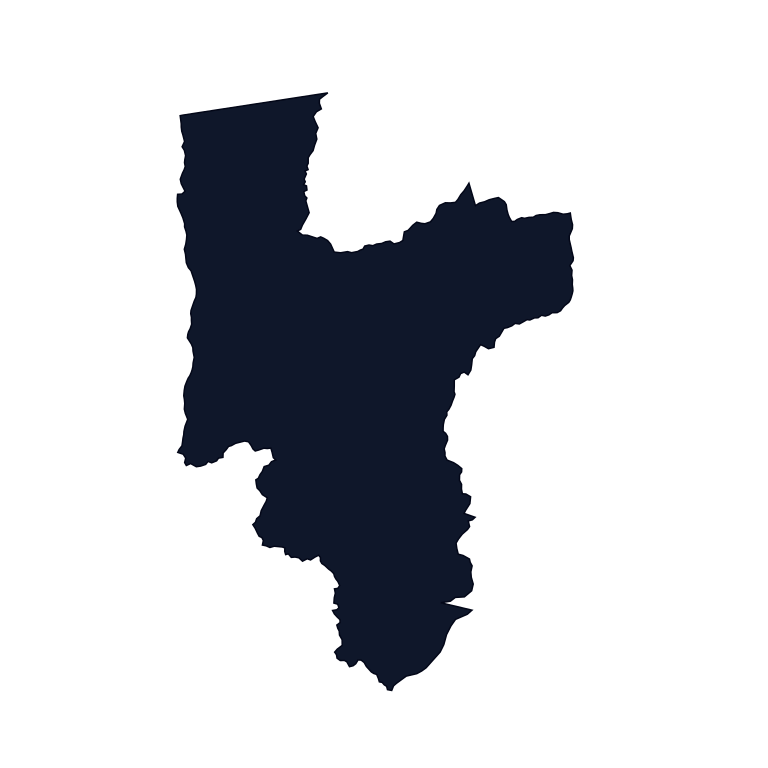 outline of Goianésia, Goiás, Brazil, rotated 349°
{"feature_id": "56859067B68977467938768", "entity_name": "Goianésia", "entity_type": "district", "adm_level": 2, "iso_a3": "BRA", "parent_name": "Brazil", "parent_adm1": "Goiás", "projection": "orthographic", "projection_center": [-49.163, -15.297], "detail": "fine", "context": "isolated", "style": "filled", "palette": "ink", "viewbox_px": 768, "rotation_deg": 349, "n_neighbors": 0, "source": "geoboundaries", "source_scale": "gbopen_adm2", "svg_char_len": 5490}
<svg xmlns="http://www.w3.org/2000/svg" viewBox="0 0 768 768"><g transform="rotate(349 384 384)"><path d="M433.0,238.5L431.1,243.5L429.9,246.7L426.3,248.1L420.5,248.4L417.2,244.9L412.7,244.7L408.6,245.6L403.4,245.2L399.5,246.1L395.8,244.7L391.4,244.9L389.1,247.6L386.3,248.0L383.5,248.9L380.7,248.9L377.2,248.9L373.5,247.1L366.5,246.9L360.3,245.0L358.3,236.5L356.0,232.4L352.6,229.4L349.9,227.5L346.1,228.3L337.1,223.3L332.4,222.3L328.1,217.3L331.7,216.3L334.2,212.5L339.0,206.9L343.2,201.6L342.2,189.3L343.8,186.7L342.1,184.1L342.0,179.8L345.4,178.9L345.7,174.7L343.1,173.0L345.3,170.5L344.7,167.6L347.9,163.0L347.1,159.8L350.4,159.1L349.9,155.3L351.7,152.9L352.8,147.4L355.1,144.8L358.9,141.4L361.4,136.4L364.8,130.8L364.8,125.0L368.2,119.9L366.5,113.2L365.5,107.9L369.6,103.9L375.0,102.0L374.1,96.1L375.0,92.2L378.6,90.3L384.4,87.5L238.1,81.7L235.1,81.7L234.6,89.9L234.0,93.1L233.7,97.4L234.1,100.9L234.5,107.9L231.1,112.6L232.6,116.5L232.8,122.0L231.3,125.7L230.4,128.7L230.4,132.6L228.6,135.7L226.4,138.6L223.1,144.1L223.2,148.7L224.3,152.7L225.5,156.8L221.9,159.0L217.6,158.4L216.5,162.2L215.8,165.8L215.5,170.3L217.3,177.7L218.3,182.6L218.9,188.6L218.2,191.7L218.8,196.3L218.9,200.1L217.7,204.4L216.1,208.9L213.7,213.6L213.9,218.7L213.4,224.0L213.1,227.3L214.2,232.5L216.2,236.0L217.7,247.1L218.0,251.4L218.0,255.3L217.0,260.0L215.9,263.1L213.5,266.5L210.6,271.5L208.6,275.0L207.7,278.1L207.7,281.8L207.1,284.7L206.6,288.6L204.3,292.7L202.2,295.3L200.9,297.8L199.8,301.2L202.5,307.9L203.3,311.8L202.8,315.3L202.8,318.9L202.8,321.7L200.6,327.0L199.7,330.5L198.4,333.4L197.0,335.9L195.0,338.8L192.9,340.9L190.9,343.8L188.2,348.1L186.7,352.1L185.2,357.3L185.1,361.0L184.7,365.1L183.2,370.6L183.4,374.9L184.6,381.2L180.7,387.4L178.6,392.3L177.7,395.7L176.4,398.7L175.3,402.1L173.9,406.1L170.4,409.2L168.5,411.8L173.5,414.6L175.2,418.9L173.3,423.1L174.4,426.3L179.0,425.2L184.0,429.4L188.4,429.6L193.6,428.9L196.5,426.4L199.8,428.5L205.0,427.5L207.4,425.2L211.9,425.3L212.9,421.0L216.5,418.4L219.5,415.6L222.3,415.4L227.0,413.9L236.3,413.4L240.0,414.9L241.9,419.1L243.0,422.8L244.8,425.2L248.4,424.9L253.8,424.1L257.2,425.1L260.7,425.3L261.1,429.5L261.3,435.2L263.3,437.9L258.7,438.8L255.5,441.7L250.6,442.2L247.8,446.7L245.1,449.2L242.6,452.6L239.9,453.6L239.6,457.8L239.6,461.9L241.7,465.0L243.5,469.4L245.6,471.4L247.7,473.4L246.0,476.7L243.3,479.9L239.3,484.9L237.2,489.7L233.3,491.9L231.4,495.2L228.4,497.0L230.0,501.0L231.4,506.5L232.4,509.7L234.8,511.4L235.7,514.6L233.9,518.9L237.5,520.4L240.8,522.7L245.3,522.3L253.1,524.6L255.4,526.0L254.6,529.3L254.9,532.7L257.7,532.5L259.9,536.5L263.7,536.9L267.3,538.4L270.2,542.4L275.3,540.9L278.3,542.7L283.3,540.7L287.2,539.6L288.5,542.2L287.8,545.5L288.7,548.3L291.2,550.8L294.4,555.2L296.6,557.6L298.5,560.6L298.7,563.5L299.6,566.3L301.0,569.0L302.1,573.4L299.6,575.8L296.3,575.6L296.3,580.1L294.4,584.3L293.0,589.5L296.5,591.3L297.1,595.0L294.6,596.6L290.3,596.5L291.4,600.2L293.6,603.8L295.8,606.9L295.4,609.8L291.7,611.6L292.0,614.9L292.9,618.0L292.4,622.0L294.1,627.0L293.1,632.6L287.6,635.3L284.4,637.8L285.7,640.7L285.6,644.2L288.3,647.1L292.4,647.8L294.5,649.6L296.2,654.9L299.9,654.7L302.9,653.2L305.9,649.9L308.9,650.7L311.4,653.6L312.8,657.9L316.6,664.2L318.7,666.2L321.4,667.7L322.3,672.1L322.6,675.5L325.3,676.6L326.8,679.3L328.9,681.3L329.1,684.7L333.1,686.3L335.8,682.1L339.1,680.2L344.0,677.9L350.1,675.0L360.9,674.6L366.3,672.9L371.2,670.6L388.0,657.8L393.0,651.2L397.6,641.9L403.6,634.2L409.3,628.7L421.9,625.9L427.2,622.8L397.8,609.5L407.7,609.9L413.3,607.1L422.3,608.3L430.6,603.7L433.4,597.4L432.8,590.4L433.4,585.0L435.8,579.3L434.6,575.5L434.5,572.1L428.9,567.4L424.4,565.2L424.1,559.4L424.4,553.9L427.6,550.3L432.2,546.3L438.3,542.7L440.8,540.3L440.6,534.5L444.8,534.2L448.0,532.2L437.9,526.3L439.9,523.7L445.5,517.8L447.5,511.2L443.4,507.6L440.0,506.7L440.0,501.9L441.0,497.3L439.7,492.9L440.9,487.5L443.4,485.1L444.2,481.9L440.9,477.9L437.3,474.5L431.4,470.7L430.1,466.3L430.8,463.0L430.7,459.1L432.5,456.0L435.7,451.2L436.3,447.6L435.1,444.2L433.0,441.7L433.7,438.2L434.5,435.2L436.5,430.3L439.8,426.7L440.3,423.3L442.8,421.3L445.8,417.6L448.0,413.8L450.3,410.3L451.7,407.6L451.3,404.9L452.6,399.4L453.8,393.3L458.9,391.6L461.2,388.4L465.0,387.6L468.2,391.0L471.9,386.9L473.7,381.9L475.5,376.0L478.4,373.5L480.2,369.9L482.5,367.6L486.3,363.8L489.7,366.2L493.3,369.3L499.0,369.0L500.5,363.9L502.3,360.8L506.3,359.1L512.4,352.2L515.8,352.2L520.6,351.3L524.2,349.5L528.3,350.9L533.2,349.3L536.6,348.1L539.4,349.0L544.4,347.8L547.8,348.4L551.7,346.6L555.3,348.1L559.1,347.6L562.6,346.1L567.5,347.0L571.3,345.8L573.7,343.5L576.3,341.5L581.1,339.0L582.9,337.0L584.4,334.4L586.0,331.3L587.2,328.6L587.6,325.7L587.8,322.3L588.9,317.7L588.9,313.3L590.3,308.1L589.0,303.2L593.1,299.1L594.0,296.2L593.7,289.2L593.7,285.9L593.4,277.6L594.1,274.0L598.5,267.5L599.5,263.6L599.2,258.3L599.3,255.4L599.5,251.7L596.4,251.9L592.2,251.5L587.3,249.0L583.1,247.9L579.4,248.3L575.0,248.6L569.3,247.6L565.5,247.6L562.3,248.8L558.2,248.1L553.6,248.2L550.8,247.0L546.2,247.9L543.3,249.3L540.3,248.8L538.8,244.3L538.2,241.2L537.9,236.7L538.2,231.3L537.0,228.0L534.8,225.7L531.9,222.8L527.7,222.9L522.4,223.2L517.5,224.3L512.2,224.6L507.8,226.4L505.7,203.1L503.7,205.3L499.4,209.7L495.5,212.8L491.7,217.0L488.8,219.3L483.6,218.9L478.8,217.8L472.5,219.3L469.2,222.7L467.7,226.4L464.0,230.8L460.5,233.7L454.8,234.5L451.2,233.4L447.0,231.4L442.5,233.7L437.0,237.8L433.0,238.5Z" fill="#0f172a" stroke="#020617" stroke-width="1.5"/></g></svg>